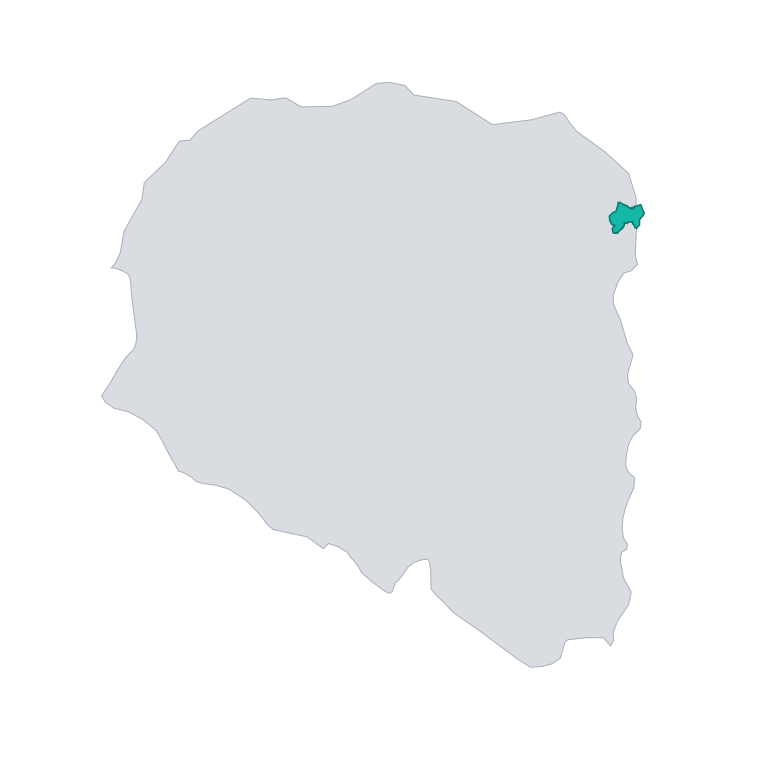 Dolores, Soriano, Uruguay shown in context, rotated 172°
{"feature_id": "84410073B84851743743013", "entity_name": "Dolores", "entity_type": "district", "adm_level": 2, "iso_a3": "URY", "parent_name": "Uruguay", "parent_adm1": "Soriano", "projection": "robinson", "projection_center": [-58.32, -33.574], "detail": "fine", "context": "in_parent", "style": "filled", "palette": "teal", "viewbox_px": 768, "rotation_deg": 172, "n_neighbors": 0, "source": "geoboundaries", "source_scale": "gbopen_adm2", "svg_char_len": 3670}
<svg xmlns="http://www.w3.org/2000/svg" viewBox="0 0 768 768"><g transform="rotate(172 384 384)"><path d="M637.9,537.0L632.7,541.6L627.0,550.4L620.2,571.4L598.1,600.4L593.4,616.7L569.8,633.8L553.0,653.0L542.3,652.5L532.5,660.7L476.3,685.7L456.3,681.0L441.4,681.1L427.7,670.0L396.3,666.1L376.5,670.5L349.9,682.6L341.9,682.4L336.2,681.7L321.8,676.7L314.1,666.0L273.3,653.7L240.6,625.7L201.7,625.1L172.0,628.8L167.4,625.1L164.4,617.9L158.2,607.5L132.6,582.8L112.4,558.3L108.5,534.1L111.3,507.9L117.3,476.8L116.3,467.1L123.7,461.6L131.1,460.4L138.2,452.4L144.6,440.2L145.7,431.0L140.8,414.0L137.4,390.2L133.3,378.3L141.5,359.6L141.8,350.5L137.1,342.5L135.8,334.3L138.0,325.9L137.6,317.8L134.6,310.0L136.9,303.5L144.4,298.4L150.0,290.6L153.8,280.1L155.7,272.1L155.8,266.5L153.5,261.3L148.8,256.4L151.0,246.6L160.0,232.0L165.8,219.0L168.4,207.6L168.3,198.4L165.3,191.5L166.6,186.8L172.1,184.3L174.6,176.9L173.8,158.6L168.1,143.5L172.5,131.5L185.0,117.7L191.6,106.5L192.2,98.0L196.1,93.1L202.0,102.3L219.8,104.7L237.8,105.1L240.7,102.8L247.8,87.7L257.1,83.4L267.2,82.3L278.3,83.1L290.0,93.0L323.0,125.6L347.3,148.2L354.7,158.8L361.1,166.8L365.9,174.2L363.7,193.6L363.9,202.0L365.0,204.5L370.6,204.7L378.9,203.3L385.9,199.2L391.3,193.0L396.7,187.9L401.0,185.2L402.6,181.1L405.1,176.9L407.7,175.9L412.5,179.1L423.7,190.1L432.4,200.3L434.6,206.2L437.9,212.3L441.5,217.6L444.0,222.7L452.5,229.5L461.1,233.8L467.0,229.4L481.6,243.4L513.9,255.2L519.8,262.3L525.3,272.3L536.5,287.6L552.0,301.4L564.6,307.2L576.7,310.5L583.4,313.5L588.0,318.8L595.3,324.4L599.9,326.5L601.5,331.6L606.1,342.7L610.9,356.8L616.1,369.8L627.7,382.3L640.9,392.0L654.6,397.5L662.3,404.4L665.5,411.4L656.0,422.0L645.8,435.2L636.7,445.6L627.4,452.9L624.3,457.9L622.1,465.7L621.6,506.8L620.6,522.1L621.2,526.2L622.5,528.9L628.2,533.0L635.1,536.4L637.9,537.0Z" fill="#d9dde1" stroke="#a8b0b8" stroke-width="1"/><path d="M105.0,525.9L107.5,525.4L110.4,524.9L110.6,525.0L110.9,525.3L111.3,525.1L111.4,524.7L111.4,524.2L111.5,523.8L112.0,523.7L112.5,523.1L112.8,524.0L113.1,524.3L113.7,524.4L114.2,524.0L114.3,523.2L114.6,523.2L114.9,523.4L115.2,523.8L115.4,523.9L115.7,523.5L116.0,523.6L116.1,523.8L116.1,524.2L116.2,524.6L116.8,524.7L117.7,525.1L117.7,525.6L118.2,526.2L118.6,526.7L119.5,527.3L120.1,527.3L120.5,527.6L120.8,527.4L121.1,527.5L121.2,528.1L121.4,528.3L122.2,528.3L122.5,528.5L122.7,529.1L123.3,529.5L124.2,530.1L125.0,531.0L126.1,531.0L126.5,530.9L126.7,531.1L127.0,531.1L127.3,529.2L130.1,523.0L130.8,522.3L132.8,522.3L137.3,519.1L137.6,518.8L137.4,518.1L137.5,517.8L137.6,517.0L137.7,515.9L137.6,515.2L137.5,514.6L137.7,513.8L137.1,513.3L137.0,512.4L136.8,511.9L136.8,511.0L135.6,510.4L135.6,509.8L134.7,509.3L134.2,509.3L133.6,509.2L133.3,508.8L133.9,508.6L134.2,508.2L135.9,506.7L136.4,505.5L136.2,504.3L136.2,502.2L135.7,502.2L135.6,501.6L135.0,501.3L134.4,501.2L133.3,501.0L133.2,501.4L132.4,501.0L131.6,501.0L131.4,501.0L130.9,501.4L130.8,501.8L130.4,502.4L129.9,502.6L129.2,503.3L128.7,503.4L128.4,503.8L127.3,504.0L127.2,504.8L125.7,505.1L125.4,506.2L124.8,506.5L124.7,507.2L124.1,507.3L123.6,509.3L123.8,509.9L123.8,510.3L122.2,510.2L122.2,509.6L120.8,509.1L119.8,510.0L119.2,510.9L118.8,510.9L117.9,510.1L116.9,509.8L115.4,510.1L115.4,508.9L115.5,507.9L114.8,507.7L114.6,506.6L113.7,505.8L113.9,505.2L113.8,503.9L112.1,502.8L110.4,504.8L108.9,505.6L108.9,506.2L108.6,507.7L108.0,510.6L107.8,511.3L107.7,511.6L107.5,511.9L107.0,512.2L105.5,513.5L104.6,514.2L104.1,514.6L103.8,515.0L103.6,515.3L102.9,516.2L102.7,516.6L102.5,517.0L102.6,517.7L103.4,520.0L104.0,522.4L104.5,524.8L104.5,525.0L104.6,525.3L104.7,525.5L105.0,525.9Z" fill="#14b8a6" stroke="#0f766e" stroke-width="1.5"/></g></svg>